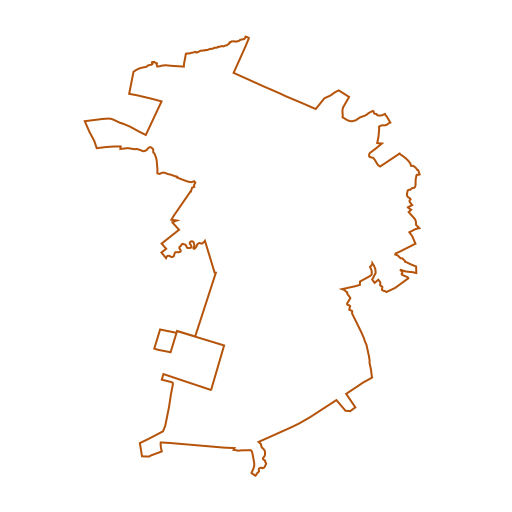 Podu Iloaiei, Iasi, Romania, rotated 268°
{"feature_id": "2599482B47380888133055", "entity_name": "Podu Iloaiei", "entity_type": "district", "adm_level": 2, "iso_a3": "ROU", "parent_name": "Romania", "parent_adm1": "Iasi", "projection": "orthographic", "projection_center": [27.271, 47.215], "detail": "fine", "context": "isolated", "style": "outline", "palette": "amber", "viewbox_px": 512, "rotation_deg": 268, "n_neighbors": 0, "source": "geoboundaries", "source_scale": "gbopen_adm2", "svg_char_len": 6099}
<svg xmlns="http://www.w3.org/2000/svg" viewBox="0 0 512 512"><g transform="rotate(268 256 256)"><path d="M101.3,350.0L115.1,341.3L126.2,359.3L127.7,362.5L130.5,367.8L132.1,367.5L138.7,366.9L145.4,365.7L147.6,365.9L152.3,365.3L163.4,363.3L167.0,361.8L169.8,361.1L176.1,358.6L195.2,350.0L197.4,350.2L197.9,349.9L198.8,347.6L199.1,347.3L202.7,348.3L203.3,347.8L203.9,345.9L204.5,345.4L205.3,345.4L205.9,345.7L210.5,348.8L213.0,347.4L214.2,346.4L215.4,345.8L216.4,345.9L216.7,345.7L217.3,344.7L219.0,343.1L219.9,340.9L222.4,354.5L223.5,358.8L226.9,359.1L231.5,368.3L233.0,370.7L234.4,371.1L237.5,371.0L239.0,370.5L241.1,369.5L242.8,371.3L244.0,371.9L244.8,372.0L242.3,373.5L238.8,374.8L234.9,375.0L228.4,371.3L225.0,373.6L228.0,377.4L226.3,378.7L224.6,379.4L222.6,379.0L221.9,379.6L221.2,380.8L220.7,381.2L217.9,380.7L217.5,380.9L216.9,381.9L216.2,384.2L215.4,385.0L219.3,394.0L226.7,404.9L228.2,407.3L228.5,407.5L228.9,407.3L229.6,406.6L232.1,401.3L233.0,400.9L234.0,401.7L234.7,401.7L235.3,401.4L236.8,400.0L237.1,400.2L235.4,404.8L235.0,406.9L234.4,411.8L233.4,415.6L239.9,415.7L242.2,410.5L244.6,406.0L245.0,404.8L245.7,404.8L248.5,402.2L248.6,400.7L249.5,399.6L251.4,397.9L252.2,396.4L252.6,395.2L253.6,395.5L254.9,398.8L262.7,415.8L270.2,412.9L274.4,410.1L277.3,416.3L278.2,420.2L281.4,417.1L284.7,417.0L287.2,416.2L294.6,410.1L296.8,412.7L298.9,409.8L299.4,409.5L301.4,413.9L304.4,411.6L304.9,411.4L306.2,411.4L307.3,412.5L308.4,411.8L309.3,410.3L310.1,409.5L311.2,409.0L312.6,409.0L315.6,409.7L316.4,410.2L316.8,411.1L316.8,412.4L318.4,414.4L318.5,416.0L318.8,416.7L319.4,417.3L321.1,417.9L326.7,418.2L331.1,419.2L331.6,419.7L331.4,420.3L331.8,422.4L336.1,421.1L336.2,420.5L336.5,420.1L337.2,419.8L339.0,418.3L340.3,416.7L340.6,416.2L340.7,414.1L343.1,413.5L346.1,411.3L348.3,409.2L350.2,407.0L352.6,403.7L353.4,403.1L341.1,383.2L342.3,381.5L343.5,380.5L347.9,378.1L349.9,376.7L351.1,372.9L351.8,372.6L353.5,372.6L354.6,373.1L355.1,373.6L359.7,380.1L364.0,385.7L364.6,381.1L371.7,382.7L378.8,383.5L381.0,383.5L382.0,385.6L382.2,387.3L382.1,389.2L382.4,390.9L384.0,393.3L384.7,394.9L390.8,391.6L392.5,390.2L393.5,389.8L392.3,387.2L392.1,386.0L392.0,384.8L392.3,382.5L392.8,381.8L393.7,381.4L393.9,380.0L394.3,379.1L396.4,378.5L396.9,378.0L396.2,376.2L394.7,373.2L393.3,371.4L392.5,369.9L391.0,365.0L388.1,360.3L387.3,356.8L387.5,354.8L388.6,351.9L391.7,347.3L393.3,347.6L398.0,347.4L401.3,348.1L411.7,354.6L418.6,344.5L417.8,342.5L416.3,339.7L415.0,337.9L413.6,335.6L411.3,329.9L400.8,320.8L408.0,305.7L414.7,291.2L418.1,284.6L425.2,269.6L439.8,240.0L466.0,252.9L473.5,256.3L474.2,256.4L475.3,254.4L475.6,253.2L473.8,252.5L473.4,251.9L472.9,250.2L473.0,249.5L472.6,248.4L472.6,247.7L471.5,246.4L471.2,244.6L470.9,243.9L471.1,243.2L471.0,242.5L471.3,242.0L471.2,241.7L471.4,239.3L470.8,238.5L470.6,237.4L470.3,237.0L469.5,237.0L467.6,234.2L467.4,232.9L466.6,230.5L467.0,229.4L466.7,227.8L466.3,226.6L466.4,225.3L465.8,224.8L465.6,224.3L465.6,222.5L465.4,222.0L465.5,221.4L464.8,220.4L464.6,218.9L464.7,218.5L464.5,217.9L464.6,217.5L463.5,214.2L463.7,212.9L463.1,211.8L463.4,210.6L463.0,209.1L463.2,208.3L462.5,206.3L461.9,205.5L461.4,203.6L461.9,203.3L462.1,202.4L461.5,200.2L461.3,198.2L460.7,196.5L460.9,194.8L460.6,194.2L460.6,193.0L450.7,190.8L447.8,190.5L449.0,178.2L449.8,172.3L449.6,169.2L448.9,165.7L448.8,163.9L450.8,163.3L452.0,163.7L452.7,162.1L453.5,161.0L453.5,160.3L453.4,159.7L453.5,159.1L453.1,158.8L452.8,158.8L452.5,159.3L451.8,159.4L451.0,158.6L450.7,157.5L450.4,155.3L450.2,154.8L448.9,153.1L448.0,147.6L447.5,145.8L445.8,142.2L444.3,140.0L422.5,134.9L420.7,143.0L416.9,156.9L413.8,167.0L380.8,150.1L383.8,144.5L389.8,134.4L393.2,127.0L393.3,126.7L393.1,126.6L394.1,124.3L397.2,118.3L398.1,116.0L398.5,113.6L398.3,107.3L396.7,89.6L385.8,93.9L376.6,98.4L369.3,100.6L370.1,109.4L370.4,117.2L370.2,124.6L367.7,124.2L368.3,131.6L366.9,138.8L367.2,139.9L366.8,141.7L365.6,144.9L364.8,146.4L364.6,147.6L365.5,150.2L366.6,151.1L368.1,152.7L368.5,154.2L368.1,155.2L366.3,156.9L363.0,157.0L362.0,158.1L357.5,159.6L354.6,160.1L346.5,160.5L342.1,160.3L341.5,161.9L341.4,162.7L342.3,164.5L342.5,165.7L342.5,167.0L342.1,168.2L341.1,170.5L340.1,174.1L339.2,176.1L338.0,179.9L337.3,179.6L335.2,184.4L332.8,190.3L332.1,193.2L332.1,194.3L332.9,196.8L331.5,197.9L329.4,196.7L327.7,196.5L327.3,196.7L326.5,194.5L322.7,193.2L322.8,192.8L299.2,175.3L295.2,172.7L294.2,178.0L292.7,173.6L292.2,173.8L284.9,180.0L271.7,162.1L266.3,166.5L262.8,161.6L257.0,166.0L258.2,166.5L259.2,167.6L259.2,169.4L257.9,171.4L258.0,172.6L258.6,173.8L261.8,174.9L262.6,175.6L262.5,179.2L263.0,180.7L264.1,181.0L266.4,179.7L267.7,179.8L268.5,181.0L270.3,182.3L270.6,182.7L270.7,183.2L269.7,185.9L268.6,186.6L266.9,187.2L266.7,187.5L266.4,188.1L266.3,190.1L266.5,190.9L266.8,191.5L267.2,191.7L268.0,191.7L269.2,191.3L270.7,190.2L271.9,190.4L272.9,191.7L272.9,192.3L272.7,193.4L271.9,194.0L271.0,194.4L268.5,194.8L266.4,193.8L265.7,193.8L265.3,194.3L265.9,195.4L267.2,196.6L270.0,198.0L270.9,199.7L270.9,200.5L270.3,201.8L270.3,202.5L271.7,204.4L273.0,205.5L241.4,213.9L240.9,214.0L240.7,215.3L177.7,192.4L183.9,174.5L182.0,173.8L185.9,157.6L167.0,151.1L165.7,154.7L162.8,167.3L183.2,174.3L183.6,174.7L167.7,221.0L124.1,206.6L123.8,206.3L123.9,205.7L141.2,159.4L135.7,157.5L132.8,167.5L132.2,168.3L130.9,168.5L120.4,166.1L108.1,163.8L89.2,159.3L84.0,156.9L76.4,141.0L73.1,133.4L59.8,135.1L59.6,137.1L59.3,142.2L60.2,143.7L64.0,155.0L67.7,154.3L71.3,154.1L73.0,154.3L72.2,162.9L65.6,217.4L64.8,227.8L63.0,226.9L62.9,228.0L62.0,231.8L62.3,234.3L62.1,244.0L61.5,244.6L60.2,245.2L58.0,245.7L48.9,247.0L46.3,246.9L44.1,246.2L39.3,243.9L36.4,247.7L36.9,248.3L38.5,249.2L40.6,251.5L42.7,251.3L43.3,251.5L43.8,252.1L44.3,253.4L44.3,253.9L43.7,255.0L44.0,256.3L44.8,257.2L48.0,258.9L48.5,258.9L49.8,258.0L50.8,258.1L51.3,257.8L52.3,256.3L53.1,255.8L54.0,256.1L55.7,257.6L56.9,258.0L59.7,258.2L61.3,257.8L61.9,257.5L63.7,256.0L64.1,255.4L65.4,254.7L67.8,254.4L70.1,252.1L83.8,285.8L87.1,293.2L92.9,304.2L109.2,331.3L98.3,340.0L98.0,341.3L98.0,342.8L97.6,344.6L101.3,350.0Z" fill="none" stroke="#b45309" stroke-width="2"/></g></svg>